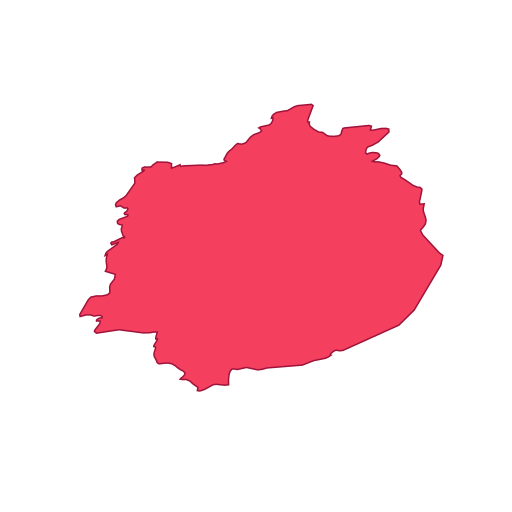 Northern Savonia, Natural Earth projection, rotated 147°
{"feature_id": "FIN-3178", "entity_name": "Northern Savonia", "entity_type": "Province", "adm_level": 1, "iso_a3": "FIN", "parent_name": "Finland", "parent_adm1": "", "projection": "natural_earth1", "projection_center": [27.676, 63.147], "detail": "fine", "context": "isolated", "style": "filled", "palette": "rose", "viewbox_px": 512, "rotation_deg": 147, "n_neighbors": 0, "source": "natural_earth", "source_scale": "10m", "svg_char_len": 3850}
<svg xmlns="http://www.w3.org/2000/svg" viewBox="0 0 512 512"><g transform="rotate(147 256 256)"><path d="M173.8,120.2L234.6,129.5L237.2,130.8L240.3,133.5L241.3,133.7L243.3,133.8L246.6,133.4L247.6,132.6L247.4,132.2L247.2,132.0L250.4,131.9L253.7,132.5L264.5,136.8L276.6,139.3L307.7,156.1L312.2,157.5L316.5,159.5L324.7,167.7L333.5,171.0L335.6,173.0L337.6,174.3L340.7,173.3L343.0,171.4L345.3,168.7L347.4,165.8L349.1,162.9L352.7,164.8L359.4,170.2L362.2,171.4L371.7,172.1L375.2,172.9L377.1,173.7L378.5,175.1L378.1,175.4L376.3,177.6L378.5,182.9L379.5,187.0L381.8,190.5L384.8,192.3L386.7,194.0L385.3,194.4L382.6,194.6L380.3,195.5L379.2,196.6L379.8,199.4L380.9,201.0L382.4,204.4L383.5,207.9L385.1,211.2L387.6,213.7L390.8,215.8L396.0,218.3L397.0,220.4L396.6,221.8L396.4,223.1L396.1,226.7L395.5,228.6L394.1,230.4L390.2,233.6L389.8,234.6L390.7,235.4L391.1,235.7L390.5,236.5L384.3,239.5L383.7,240.3L385.2,240.8L384.8,241.9L380.2,246.0L383.1,247.9L386.7,249.4L392.3,252.8L411.1,268.8L431.9,278.2L432.6,280.8L431.2,281.8L424.5,284.1L423.0,285.0L422.2,286.4L422.7,286.7L424.6,288.0L425.2,288.3L424.7,289.1L423.6,289.4L421.5,289.3L419.5,288.5L418.7,287.9L418.0,289.1L418.8,290.7L420.7,292.1L424.4,293.7L427.2,297.0L430.6,299.1L436.5,301.0L435.7,302.9L420.8,310.5L417.0,311.5L411.7,309.5L406.8,306.3L401.7,304.4L398.6,304.8L395.6,309.7L393.5,311.6L387.2,313.8L384.0,317.3L390.7,325.2L388.9,326.3L388.0,326.9L386.6,328.6L385.5,331.2L384.4,333.4L382.8,335.6L381.0,337.4L380.1,338.0L379.7,338.4L382.3,338.6L380.5,340.0L378.2,340.8L366.1,341.4L364.2,342.4L370.9,343.9L370.8,345.8L369.2,346.3L368.0,345.5L358.6,344.3L356.3,343.0L355.8,343.9L356.1,344.3L356.4,344.5L356.6,344.7L355.2,350.3L354.0,352.4L352.7,353.2L351.4,354.9L353.6,357.0L354.3,358.8L353.3,360.8L350.8,361.2L342.0,359.3L340.9,360.2L341.4,361.0L343.2,361.9L343.5,362.6L343.3,363.5L342.4,363.9L341.5,363.8L339.9,364.0L338.3,364.9L337.6,365.6L337.9,366.7L338.9,367.0L340.4,368.0L341.3,369.5L341.6,370.6L342.4,371.9L345.8,373.2L346.4,373.4L345.9,375.5L344.2,376.7L340.1,377.3L335.8,377.0L332.3,377.3L318.0,383.0L316.2,385.9L315.4,387.7L311.5,388.6L304.1,388.4L302.4,389.1L305.0,389.2L304.6,390.8L303.3,391.8L300.9,391.3L298.2,389.4L295.2,387.8L293.3,388.5L289.0,388.6L287.9,388.8L279.0,382.7L276.5,379.5L279.0,375.8L275.5,374.8L270.0,373.9L270.1,373.7L270.4,372.8L270.5,372.3L267.7,371.1L252.5,362.1L248.3,359.1L246.3,358.3L242.8,356.3L240.6,355.9L240.3,355.7L237.8,353.9L234.0,352.6L233.3,352.2L229.4,351.5L229.6,352.0L230.5,354.0L229.8,354.9L228.9,355.2L224.3,357.8L221.2,358.6L218.3,358.8L212.0,360.3L209.9,360.3L209.3,359.4L206.9,357.5L204.8,356.9L202.5,356.6L196.1,358.7L191.8,359.0L186.1,357.7L184.4,357.6L183.1,358.0L183.2,360.4L183.9,361.9L182.1,361.9L173.6,358.7L171.3,358.9L169.0,360.0L167.6,361.1L166.6,362.6L167.0,362.7L168.1,363.1L166.4,364.5L164.2,365.2L160.5,365.2L153.5,362.3L150.5,360.8L142.3,360.3L138.9,359.3L126.9,353.0L126.2,351.0L138.2,342.1L139.7,340.4L139.4,339.5L139.0,339.4L138.5,339.4L138.2,339.3L139.4,337.8L140.0,335.5L138.4,330.6L135.8,325.7L132.9,323.5L131.7,320.6L131.0,318.5L129.3,316.6L125.3,313.8L121.5,311.9L118.6,311.7L116.1,314.0L113.7,315.7L112.0,315.2L89.9,303.8L88.5,302.0L91.0,299.7L91.5,299.3L89.1,297.7L81.4,294.7L77.4,292.2L75.5,290.1L77.0,287.6L91.3,285.1L97.9,285.5L102.7,286.5L103.9,286.4L106.3,284.8L107.9,282.8L107.3,280.9L105.2,280.7L101.8,279.3L98.9,277.0L97.6,275.7L97.3,273.1L98.5,272.3L101.5,271.7L106.8,272.1L105.2,270.3L101.9,268.2L97.4,263.6L93.7,258.9L88.8,254.8L88.2,250.2L88.2,247.0L88.9,245.6L91.5,245.0L91.7,243.1L89.5,238.7L85.8,229.6L83.0,225.6L81.1,224.3L80.4,221.7L81.9,219.9L89.5,212.3L90.3,210.2L87.7,208.7L86.5,208.2L90.0,204.5L91.0,202.9L91.6,201.1L93.0,195.6L93.9,193.4L96.4,190.7L99.4,189.4L104.2,188.0L104.7,182.8L100.5,158.6L98.9,154.7L106.1,147.6L152.8,124.5L173.8,120.2Z" fill="#f43f5e" stroke="#9f1239" stroke-width="1.5"/></g></svg>